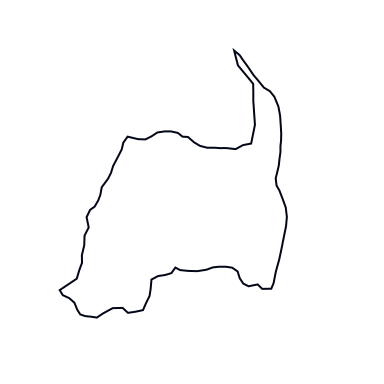 São Félix, Bahia, Brazil (Robinson projection), rotated 15°
{"feature_id": "56859067B78979447599301", "entity_name": "São Félix", "entity_type": "district", "adm_level": 2, "iso_a3": "BRA", "parent_name": "Brazil", "parent_adm1": "Bahia", "projection": "robinson", "projection_center": [-38.997, -12.663], "detail": "fine", "context": "isolated", "style": "outline", "palette": "ink", "viewbox_px": 384, "rotation_deg": 15, "n_neighbors": 0, "source": "geoboundaries", "source_scale": "gbopen_adm2", "svg_char_len": 1511}
<svg xmlns="http://www.w3.org/2000/svg" viewBox="0 0 384 384"><g transform="rotate(15 192 192)"><path d="M196.1,44.5L203.6,57.8L218.7,68.5L223.1,71.7L225.5,80.1L227.6,88.0L235.4,110.8L236.6,129.9L229.3,133.4L223.0,139.3L213.6,140.7L208.0,142.3L201.9,143.5L195.2,145.3L187.9,145.4L181.2,143.5L173.8,139.9L168.5,141.0L163.1,138.6L156.0,138.9L150.0,140.5L143.1,143.5L138.2,149.0L133.3,153.3L126.3,154.9L115.5,155.2L112.9,162.0L113.1,169.1L111.5,176.5L109.1,187.2L108.8,194.6L107.4,201.1L103.6,210.7L104.2,218.7L103.6,224.5L101.7,231.4L98.2,235.6L96.7,243.6L101.4,253.0L99.5,261.9L101.7,271.4L102.0,281.6L104.1,288.9L103.4,296.1L103.1,305.6L89.6,321.0L93.9,325.1L100.9,326.3L107.1,329.4L111.7,335.5L115.8,339.2L121.2,339.5L126.6,338.6L132.6,337.9L137.6,332.2L145.5,324.7L155.0,321.9L161.4,325.3L167.9,322.5L175.2,318.8L176.4,311.1L177.9,303.5L177.1,296.1L175.5,287.1L180.9,282.0L187.4,279.2L193.1,275.7L195.5,269.3L200.7,270.5L208.8,269.2L217.6,267.1L226.1,263.3L231.7,259.4L237.4,257.2L244.2,255.4L250.4,254.7L256.6,256.9L260.4,262.9L265.2,267.2L271.1,268.4L279.3,264.3L284.9,267.4L293.6,264.9L294.4,258.8L293.6,247.6L293.7,234.5L293.3,226.3L292.3,210.7L291.7,200.8L290.1,191.5L286.5,182.6L280.9,174.6L276.0,167.9L272.0,163.9L269.3,157.1L269.2,151.2L269.0,144.1L267.9,137.1L267.1,130.5L265.6,125.0L264.7,119.2L263.1,112.6L260.7,105.3L257.3,95.4L253.3,87.0L246.9,78.7L241.2,74.5L234.5,72.6L228.0,67.9L221.1,63.1L213.6,56.6L207.4,51.6L202.5,47.4L196.1,44.5Z" fill="none" stroke="#020617" stroke-width="2"/></g></svg>